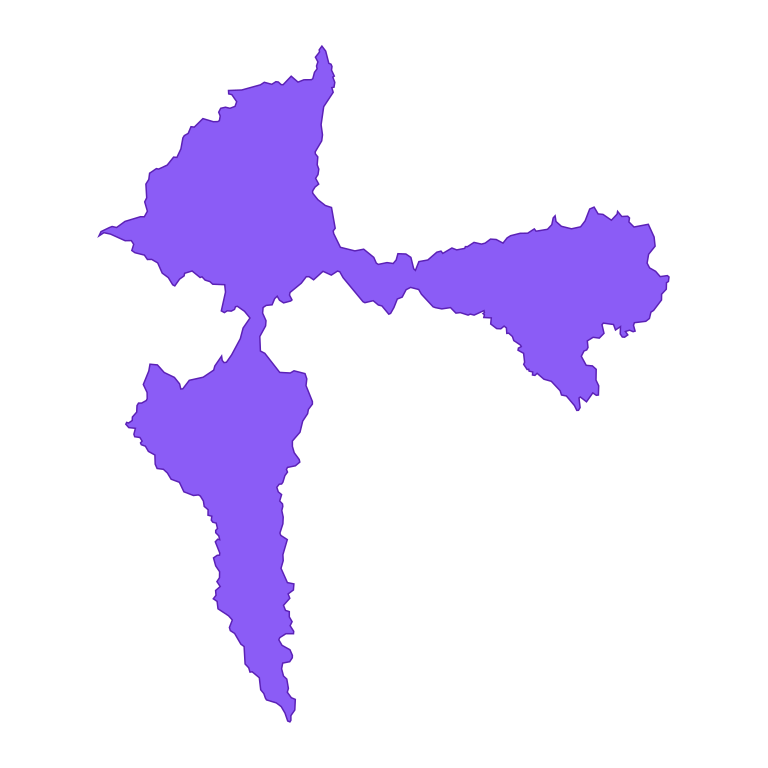 Bocaiúva, Minas Gerais, Brazil
{"feature_id": "56859067B89519159467190", "entity_name": "Bocaiúva", "entity_type": "district", "adm_level": 2, "iso_a3": "BRA", "parent_name": "Brazil", "parent_adm1": "Minas Gerais", "projection": "robinson", "projection_center": [-43.673, -17.387], "detail": "fine", "context": "isolated", "style": "filled", "palette": "violet", "viewbox_px": 768, "rotation_deg": 0, "n_neighbors": 0, "source": "geoboundaries", "source_scale": "gbopen_adm2", "svg_char_len": 6096}
<svg xmlns="http://www.w3.org/2000/svg" viewBox="0 0 768 768"><path d="M323.7,106.7L333.2,92.3L331.8,87.6L334.0,87.2L334.8,82.4L332.8,77.1L334.3,76.1L331.5,70.1L332.0,66.5L331.0,64.2L328.8,63.3L325.7,51.1L321.9,46.1L319.2,49.8L319.5,52.0L315.4,57.2L317.9,61.9L316.5,66.0L317.1,68.8L314.5,72.3L312.8,78.7L311.4,79.7L303.9,79.8L298.0,82.1L291.2,76.2L283.1,84.7L281.1,84.6L278.3,82.0L275.9,81.7L271.8,84.3L264.3,82.3L260.5,84.8L241.7,90.0L228.5,90.5L228.7,93.9L231.8,94.6L236.7,101.7L235.0,106.4L229.9,108.3L225.5,107.2L220.7,108.3L218.7,112.2L220.2,116.0L219.4,120.6L217.8,121.6L213.3,121.7L202.9,118.6L194.3,127.1L191.0,126.7L188.2,133.4L184.3,135.6L182.9,137.9L180.9,148.9L176.9,157.4L173.6,157.1L167.2,165.1L158.6,169.1L156.4,168.6L149.6,173.2L148.8,179.4L145.9,184.1L146.7,197.8L144.7,201.9L147.4,211.2L144.3,216.8L140.5,216.7L125.0,221.4L116.6,227.5L112.1,226.5L109.3,227.6L101.0,231.6L99.0,235.9L103.9,232.7L110.5,234.1L125.1,240.7L131.3,240.6L133.7,244.3L131.8,250.5L134.9,252.7L144.4,255.1L147.4,259.5L151.7,259.4L157.7,262.9L162.2,273.1L168.3,277.6L172.7,284.8L174.8,285.9L179.6,279.1L184.1,275.9L184.6,273.3L192.1,271.0L200.1,277.5L202.0,276.8L205.1,280.1L209.9,281.6L212.7,284.2L224.7,284.7L225.5,292.1L221.3,310.9L224.4,312.6L227.2,310.8L231.3,311.1L234.5,309.4L235.5,306.7L237.4,306.3L244.5,311.3L250.0,318.0L243.1,328.0L240.3,338.7L231.6,354.9L226.4,362.3L224.0,362.6L222.2,360.4L221.6,356.1L214.8,366.0L213.7,370.1L203.2,377.2L189.3,380.3L182.8,388.8L180.8,389.0L179.6,383.9L174.4,377.4L164.2,372.5L157.4,364.9L150.0,364.2L148.8,371.0L143.3,384.5L147.1,392.5L147.2,398.7L146.3,400.5L141.6,403.1L138.5,403.1L137.0,405.6L136.7,412.1L132.4,417.0L132.2,420.5L128.5,423.0L126.7,422.4L125.8,424.2L128.8,427.6L135.4,428.3L133.9,434.2L134.7,436.7L139.9,437.5L142.1,441.1L140.5,442.9L141.3,444.7L145.4,446.2L148.4,451.4L154.9,455.0L155.2,464.2L157.1,468.5L163.4,469.3L167.4,473.0L171.1,479.2L179.4,482.3L183.9,491.8L193.5,495.5L198.4,494.9L200.3,496.0L203.4,501.0L204.2,506.4L208.1,509.7L208.0,515.2L211.8,516.2L211.3,520.2L212.8,522.2L216.2,523.1L217.5,528.5L215.7,530.4L215.7,532.7L218.8,535.9L219.7,539.7L217.7,539.2L215.3,541.8L219.8,553.1L219.5,555.2L217.2,555.3L213.5,557.9L215.7,565.9L219.6,571.7L219.5,577.7L216.9,581.6L220.2,586.5L215.6,590.5L216.0,595.3L213.3,598.8L217.1,601.4L218.0,608.8L228.6,615.8L232.3,620.0L229.4,627.5L230.3,630.6L234.6,633.4L240.9,644.2L244.1,646.5L245.1,664.0L248.7,667.8L250.0,672.1L252.2,671.8L259.3,677.7L260.7,689.8L263.8,693.5L265.4,698.1L266.5,699.9L276.3,702.9L281.2,706.6L285.0,713.1L287.7,721.0L289.9,721.9L290.9,720.3L290.9,715.6L294.8,710.0L295.3,699.4L291.3,697.7L287.3,692.2L288.4,688.4L286.8,679.1L283.5,676.0L281.6,668.8L282.7,663.1L289.7,661.7L292.3,657.8L292.4,655.4L290.0,649.8L282.0,645.3L278.8,639.8L279.8,637.6L285.9,633.7L293.5,633.7L293.7,631.3L290.1,625.7L292.1,621.7L289.3,616.9L289.3,611.6L285.5,610.4L283.5,605.3L289.8,598.3L288.1,593.9L293.4,590.0L293.9,583.9L287.4,582.6L281.0,568.3L283.2,560.7L282.9,554.7L287.3,539.6L280.8,535.4L279.9,533.1L282.9,523.8L283.2,517.1L281.8,510.5L282.8,506.4L282.5,503.9L279.7,501.0L281.6,494.6L278.3,491.9L276.8,487.3L279.2,484.2L281.6,484.0L282.9,482.2L284.9,475.6L287.5,472.1L286.4,469.4L287.5,467.4L295.4,465.8L299.8,462.1L299.2,459.5L294.2,452.7L292.4,446.4L292.4,441.0L300.0,432.2L302.7,421.1L307.6,413.7L308.4,409.4L312.4,404.1L312.4,401.5L306.0,385.6L306.8,378.9L305.0,373.6L294.0,370.8L290.3,373.0L279.7,372.4L264.8,353.3L260.4,351.0L259.8,336.5L265.6,325.9L266.0,320.7L262.6,313.1L263.1,307.5L266.2,305.4L272.1,304.8L274.7,298.6L277.2,296.2L279.5,300.2L283.6,302.9L290.7,301.0L292.0,299.9L289.5,295.1L290.0,292.5L301.3,283.2L306.3,276.7L309.1,276.7L313.6,279.8L323.0,271.3L331.3,275.1L337.5,271.1L339.8,271.8L343.1,277.7L363.0,301.7L364.9,302.7L373.2,300.7L378.3,305.0L381.9,305.9L388.8,314.2L390.6,313.4L393.9,307.6L397.3,299.0L402.2,297.1L406.1,289.7L410.6,287.4L418.7,289.5L421.4,294.2L433.1,306.8L435.3,307.6L441.8,308.9L450.5,307.6L455.9,313.1L460.3,312.6L468.1,315.1L470.3,314.1L474.1,315.1L484.0,310.6L484.4,312.6L483.0,313.6L484.4,314.7L483.8,317.5L491.3,317.9L490.7,324.0L496.7,328.6L500.8,328.8L504.1,326.1L506.4,327.9L506.8,333.4L508.7,333.2L512.4,336.5L513.8,340.6L520.5,345.1L521.3,346.6L518.4,348.1L518.0,350.2L523.6,353.3L524.6,362.2L523.7,364.4L527.1,369.5L528.7,369.3L529.1,371.1L532.7,372.0L532.5,375.0L534.9,375.4L537.1,373.3L543.9,379.2L551.3,381.3L560.1,390.7L561.5,395.0L566.4,396.0L574.4,405.5L576.8,410.4L578.5,410.3L580.1,407.6L579.0,398.0L580.3,397.0L586.5,401.8L592.8,392.9L596.3,395.3L598.4,395.0L598.7,385.8L596.0,380.1L596.2,369.3L592.4,365.9L586.2,365.3L581.3,356.3L584.0,351.0L586.7,349.9L588.0,347.5L587.3,340.9L593.1,337.3L599.3,338.1L604.0,333.3L602.0,324.7L603.3,323.1L613.5,324.5L615.5,330.0L620.5,326.6L620.2,333.9L622.3,337.0L624.6,337.2L627.8,334.9L625.4,331.5L629.6,330.2L633.1,331.7L635.1,331.1L633.5,325.3L634.4,322.7L645.8,321.3L649.4,318.5L650.9,312.2L653.6,310.4L661.5,300.0L661.6,294.2L666.3,289.2L666.5,282.7L668.4,281.5L669.0,277.0L667.4,275.6L660.2,276.6L655.6,271.3L649.6,267.9L647.1,263.1L648.6,254.3L655.1,246.2L654.1,237.0L648.3,224.3L634.0,227.0L628.9,221.9L629.5,218.0L627.7,216.2L621.8,216.5L617.6,211.4L617.1,214.1L611.4,220.2L603.0,214.4L598.1,213.9L594.1,207.1L589.7,209.0L585.1,220.9L580.6,226.8L571.5,228.8L561.4,226.3L556.0,221.5L555.1,215.8L553.2,217.9L551.8,224.7L547.5,229.3L536.1,231.2L534.3,228.9L527.7,233.2L520.1,233.3L510.6,235.7L507.1,237.9L503.0,243.1L496.2,239.5L490.5,239.1L485.2,243.1L481.5,244.1L474.0,242.4L467.4,246.7L465.4,246.6L464.7,248.4L456.7,249.9L451.9,248.0L442.8,253.4L441.0,251.1L436.8,252.2L427.8,260.0L418.9,261.6L415.4,270.4L413.7,268.8L410.9,257.4L405.9,254.0L397.9,253.7L396.2,259.9L393.2,263.5L387.0,262.6L378.3,264.4L376.3,263.1L373.8,257.4L363.7,249.2L354.9,250.9L340.4,247.3L333.7,233.6L333.2,230.9L335.2,228.3L331.5,207.5L325.3,205.5L317.8,199.6L312.7,193.2L312.6,191.0L315.0,187.1L318.7,184.1L315.6,178.3L318.0,174.6L318.8,169.1L317.2,164.8L317.8,156.9L315.4,153.9L315.2,151.9L321.7,140.9L322.5,134.9L321.1,124.7L323.7,106.7Z" fill="#8b5cf6" stroke="#5b21b6" stroke-width="1.5"/></svg>